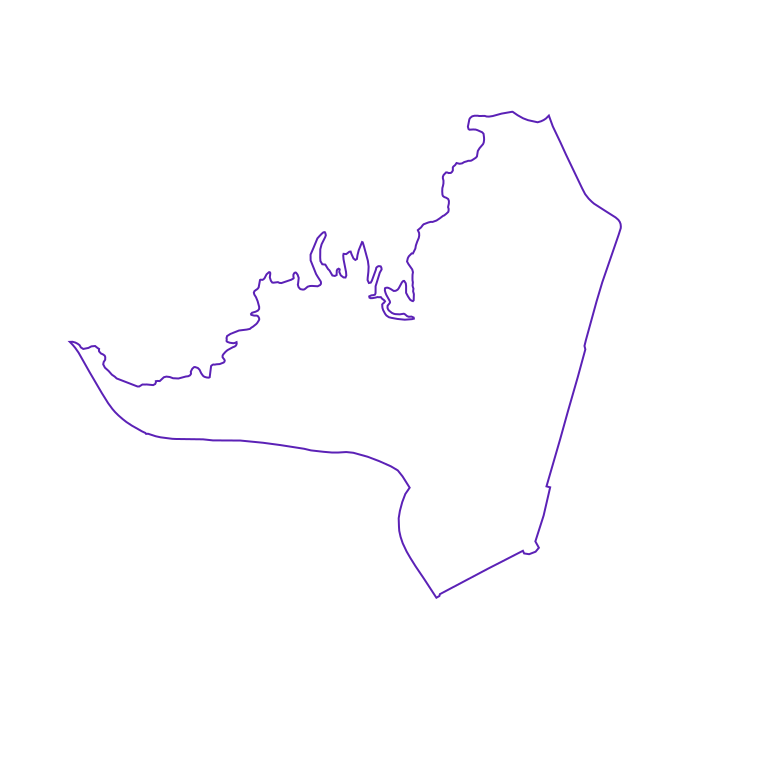 Minshat Nasir, Al Qahirah, Egypt, rotated 159°
{"feature_id": "37247803B62139513677683", "entity_name": "Minshat Nasir", "entity_type": "district", "adm_level": 2, "iso_a3": "EGY", "parent_name": "Egypt", "parent_adm1": "Al Qahirah", "projection": "orthographic", "projection_center": [31.288, 30.043], "detail": "fine", "context": "isolated", "style": "outline", "palette": "violet", "viewbox_px": 768, "rotation_deg": 159, "n_neighbors": 0, "source": "geoboundaries", "source_scale": "gbopen_adm2", "svg_char_len": 6166}
<svg xmlns="http://www.w3.org/2000/svg" viewBox="0 0 768 768"><g transform="rotate(159 384 384)"><path d="M128.9,495.6L131.9,533.1L132.7,546.2L134.1,564.0L133.9,575.5L137.7,573.8L140.4,573.2L143.2,573.0L146.8,573.3L155.0,578.7L158.9,582.2L162.9,587.0L166.2,591.8L166.7,592.2L177.4,594.3L186.5,595.2L190.1,596.0L192.4,597.0L193.9,598.2L199.2,600.1L200.2,600.8L203.4,602.0L205.7,602.3L208.0,601.6L209.4,600.6L213.5,594.1L213.7,591.7L213.1,590.8L209.6,589.7L207.3,588.7L205.8,587.5L202.1,583.8L201.4,581.9L202.3,578.2L203.0,576.2L204.3,573.8L205.5,572.5L210.3,569.9L212.9,567.9L215.7,563.1L217.3,562.3L221.5,561.4L222.9,561.3L225.5,562.2L227.1,562.2L229.0,562.4L229.9,562.4L232.0,562.0L234.5,562.5L237.1,564.3L239.1,562.9L241.2,562.2L242.1,561.6L243.2,558.7L244.4,557.7L246.0,557.1L248.1,557.8L249.0,558.7L250.2,559.3L253.4,557.8L254.7,556.5L255.3,555.1L255.6,552.5L256.7,549.8L257.9,547.9L259.3,546.0L260.6,543.0L261.6,539.8L261.6,538.4L260.7,536.9L259.2,535.6L257.8,533.7L257.8,531.6L258.8,529.2L260.8,526.2L260.9,524.3L261.7,522.5L262.4,521.6L264.6,520.7L267.4,519.8L268.7,519.8L272.4,518.7L276.4,517.8L280.6,517.9L282.2,518.6L284.7,518.9L289.8,518.9L291.1,518.3L293.3,516.9L297.3,515.5L297.1,512.4L297.9,510.0L299.2,507.9L302.0,505.0L304.6,501.9L306.2,499.2L310.2,495.5L311.4,496.0L315.1,494.3L316.7,492.9L318.6,490.1L318.2,487.2L316.6,480.8L316.9,478.0L318.2,475.8L319.3,473.1L320.2,470.7L320.6,468.6L322.1,465.6L322.3,464.1L322.3,462.6L323.6,460.1L323.9,457.2L326.3,451.5L327.3,451.0L328.4,451.9L329.4,453.4L330.2,457.1L330.7,461.2L328.2,467.7L327.6,470.2L328.2,473.0L329.0,473.3L330.8,472.5L335.8,468.2L337.2,467.3L338.9,466.9L340.0,466.9L341.6,467.4L343.8,470.4L345.4,472.1L346.3,472.7L347.5,473.1L348.8,473.0L349.7,470.9L349.9,468.7L349.9,466.4L349.0,460.1L348.9,459.2L349.1,458.1L349.8,457.4L352.5,455.9L353.2,454.5L353.5,453.4L353.4,451.9L353.0,450.7L351.2,447.6L349.6,446.0L348.4,445.2L344.4,443.4L340.3,442.5L339.6,441.8L338.1,439.1L336.8,437.9L334.2,437.1L332.5,435.4L332.7,434.3L334.6,434.5L341.6,436.6L348.1,439.9L353.2,443.0L355.5,444.6L357.2,447.1L357.8,449.1L358.3,453.1L358.2,455.4L357.8,457.1L357.5,457.7L357.3,458.7L356.3,459.5L355.2,459.7L353.4,460.8L353.7,461.9L355.3,464.5L355.8,466.2L358.0,467.0L358.9,467.5L360.8,467.7L364.0,468.3L365.7,468.9L366.6,469.8L366.4,471.1L364.1,471.3L361.8,470.7L360.3,470.7L359.3,471.9L356.8,478.3L348.0,489.5L345.2,491.8L344.8,493.2L344.9,494.9L345.7,495.5L347.1,496.0L348.3,495.8L349.5,495.3L350.8,493.4L358.3,484.8L360.0,483.4L361.9,483.7L362.1,486.9L361.1,489.1L358.4,494.3L356.3,499.1L354.9,504.8L353.4,519.5L353.1,523.9L353.6,524.4L359.6,518.0L362.5,513.9L364.5,510.4L366.3,510.1L367.5,512.1L367.8,516.7L367.7,519.6L368.9,519.9L372.7,518.8L375.1,520.0L376.0,518.6L377.1,514.9L379.3,502.2L380.3,498.8L381.8,497.2L383.6,498.0L385.4,500.9L385.6,504.6L384.3,506.9L385.0,507.9L386.5,507.7L387.5,506.7L389.2,502.7L391.2,502.5L393.3,503.8L394.2,509.5L395.1,511.5L396.0,516.5L398.7,517.9L399.3,521.5L398.3,524.8L395.2,532.6L392.2,536.8L386.3,542.2L385.0,543.7L384.7,545.8L384.9,547.0L386.3,547.3L388.3,546.6L391.1,545.3L394.0,543.8L401.2,536.2L406.2,531.1L408.2,525.7L408.0,511.0L407.5,508.1L406.3,502.3L406.6,500.9L407.1,500.0L408.2,499.3L410.9,499.0L415.7,501.2L417.9,502.0L420.4,502.2L423.5,501.1L424.8,500.9L425.9,501.2L427.2,502.0L428.1,502.6L429.0,504.8L429.0,505.8L428.8,507.7L428.3,508.4L425.6,513.6L425.5,517.1L426.2,519.4L426.9,519.9L428.2,519.6L429.4,518.5L430.1,516.7L430.3,515.3L431.0,514.9L433.2,514.6L443.6,515.0L445.4,515.9L446.5,517.1L450.9,518.2L452.0,518.8L452.6,520.9L452.4,524.5L450.8,527.4L450.4,528.4L450.6,529.3L451.3,529.6L454.3,528.5L457.7,525.5L459.1,524.9L460.2,524.8L461.8,525.6L462.5,525.5L466.4,519.1L467.6,518.3L468.7,517.9L470.2,517.6L471.7,517.1L472.8,515.9L473.0,513.9L472.4,510.9L472.3,506.6L472.9,500.7L473.7,498.8L475.5,497.7L478.2,497.5L481.6,497.8L483.1,497.0L483.1,496.1L480.9,494.5L478.2,493.4L477.3,492.3L477.0,490.2L477.4,488.9L478.0,488.3L480.5,486.4L481.9,485.7L486.1,484.4L487.5,484.2L489.5,483.5L492.6,484.0L500.2,485.9L509.3,485.8L513.3,485.0L514.6,483.3L514.7,482.3L515.6,480.6L515.2,479.5L513.2,477.8L510.1,476.1L508.6,475.8L506.7,475.9L507.0,474.6L507.7,473.6L508.6,472.9L510.0,472.5L512.1,472.5L518.0,471.7L520.5,470.8L523.2,469.4L524.4,468.5L525.1,467.0L524.8,465.6L524.3,464.1L524.3,462.9L525.0,462.0L526.0,461.5L530.3,461.5L533.2,462.4L534.8,462.7L536.6,463.4L538.2,463.1L539.0,462.7L544.3,452.8L545.3,452.7L547.3,453.7L549.1,455.1L550.0,456.5L550.8,459.5L551.1,463.5L552.1,465.7L554.4,467.6L555.4,467.8L557.6,466.9L560.0,464.7L560.3,463.2L560.8,462.4L562.1,461.6L563.9,461.4L566.3,462.0L573.9,462.8L578.9,465.0L581.5,467.3L584.5,468.9L587.1,469.2L592.3,467.1L594.3,468.0L596.0,468.4L596.3,467.4L597.6,466.0L599.9,465.7L605.5,468.5L609.8,470.1L613.4,469.4L615.0,470.0L631.6,485.0L632.7,487.3L634.7,490.2L636.4,494.8L638.7,499.3L639.1,503.0L637.8,505.0L635.6,506.6L634.6,509.0L634.6,510.6L635.7,512.3L637.3,513.9L638.3,516.5L638.0,517.8L637.4,518.8L638.4,520.1L640.1,523.0L643.7,524.0L647.0,523.6L652.2,524.5L653.9,526.8L654.3,529.4L655.6,531.4L657.3,533.3L659.6,535.0L662.2,535.9L660.6,532.1L659.3,528.3L657.9,522.7L654.6,500.5L650.7,476.8L648.4,464.9L646.5,458.0L645.1,454.1L643.2,449.9L640.6,445.0L638.1,440.8L634.3,435.5L626.9,426.5L624.3,423.8L624.0,422.7L622.1,422.1L615.8,417.0L611.7,414.3L601.3,408.7L598.1,407.3L572.8,397.2L564.0,392.7L538.4,382.7L518.0,372.5L502.6,364.1L481.7,352.1L476.0,348.2L464.6,342.3L457.2,338.7L451.2,336.4L443.6,334.0L437.3,330.8L425.4,322.0L416.0,313.6L407.0,304.6L402.1,298.4L399.8,291.1L397.2,278.0L403.5,273.7L409.3,267.2L414.6,259.9L418.4,253.4L421.2,245.3L422.4,241.4L423.3,235.4L423.6,228.6L422.9,219.4L421.7,211.9L419.9,202.7L416.4,187.6L411.7,165.7L408.3,166.2L407.1,167.8L353.2,174.3L314.1,178.5L313.9,175.6L309.5,173.1L302.6,173.1L298.1,175.6L299.1,182.8L282.1,204.0L265.9,228.0L269.0,230.2L239.2,269.5L222.0,292.7L200.4,321.3L183.6,344.2L183.2,347.7L179.8,352.6L155.9,385.0L143.8,400.7L111.4,439.3L107.1,444.7L106.4,446.3L105.8,448.6L105.8,450.9L106.4,453.3L108.1,456.5L114.8,465.5L123.3,477.1L124.7,479.7L126.5,483.7L127.8,487.9L128.2,489.3L128.9,495.6Z" fill="none" stroke="#5b21b6" stroke-width="2"/></g></svg>